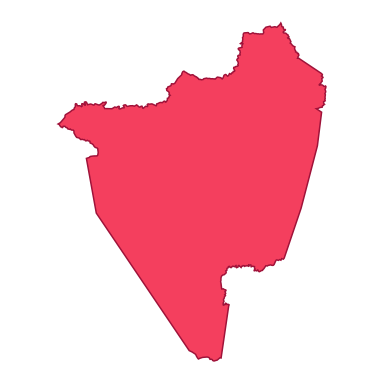 Las Minas, Herrera, Panama
{"feature_id": "35544464B70726679944443", "entity_name": "Las Minas", "entity_type": "district", "adm_level": 2, "iso_a3": "PAN", "parent_name": "Panama", "parent_adm1": "Herrera", "projection": "orthographic", "projection_center": [-80.794, 7.719], "detail": "fine", "context": "isolated", "style": "filled", "palette": "rose", "viewbox_px": 384, "rotation_deg": 0, "n_neighbors": 0, "source": "geoboundaries", "source_scale": "gbopen_adm2", "svg_char_len": 5827}
<svg xmlns="http://www.w3.org/2000/svg" viewBox="0 0 384 384"><path d="M280.8,23.0L279.8,24.6L276.9,27.3L274.9,26.7L271.3,27.4L270.1,26.2L265.9,27.2L263.3,30.0L263.7,32.7L262.8,34.0L260.7,33.9L259.8,34.1L258.3,33.8L257.5,33.9L255.8,33.5L254.5,33.6L253.0,32.8L250.9,33.7L249.7,33.9L249.0,33.5L248.4,32.7L247.8,32.6L244.3,32.9L243.6,33.3L243.2,34.5L243.3,36.4L242.5,37.7L242.8,39.0L242.5,40.8L242.6,41.8L240.4,43.6L241.0,43.9L242.4,43.4L242.9,43.7L241.9,45.7L242.0,47.4L239.0,48.0L238.5,48.3L238.2,48.8L238.3,49.1L239.2,50.2L240.0,50.8L240.3,52.6L239.9,53.3L240.2,54.9L238.4,55.3L237.9,55.7L237.8,56.6L238.3,57.5L238.4,58.1L237.3,58.9L236.8,60.0L237.8,61.4L238.2,62.6L238.3,63.7L237.8,64.7L238.2,65.6L237.7,66.1L235.6,66.6L235.2,67.0L233.8,67.4L233.6,68.3L234.8,70.8L234.3,71.4L233.2,71.5L232.7,72.8L231.6,73.0L230.9,74.2L229.5,73.6L228.5,75.6L227.5,76.2L226.0,74.6L225.4,74.5L224.4,75.0L223.9,75.5L223.7,76.4L222.9,78.1L222.1,78.9L220.8,77.7L217.6,77.1L216.9,77.4L215.5,78.9L215.1,78.7L214.6,79.0L212.4,78.7L210.9,78.8L209.7,78.4L207.7,78.5L206.6,78.1L203.8,78.7L203.1,79.5L202.6,79.6L201.2,79.8L200.6,79.4L199.7,79.5L199.2,79.2L198.7,79.3L198.4,78.4L197.7,78.2L197.4,77.6L196.9,77.5L196.5,76.9L195.7,76.7L195.3,76.3L194.6,76.1L193.2,74.9L192.1,74.7L190.5,75.3L189.7,74.5L188.3,74.0L185.8,72.3L185.2,72.1L184.1,71.2L183.6,71.2L182.9,71.6L182.5,72.1L181.8,73.8L181.7,74.8L177.7,78.6L174.8,83.3L173.6,83.9L171.5,83.8L170.9,85.7L167.8,87.0L167.3,88.5L166.5,88.7L166.8,90.5L168.6,91.7L169.3,93.0L169.0,94.3L170.2,95.3L169.2,96.0L169.2,96.5L168.5,98.0L167.4,98.3L167.3,100.3L166.1,101.9L165.4,102.1L165.1,101.4L164.2,101.1L162.2,102.7L160.8,102.4L159.3,102.7L158.5,103.3L156.7,103.9L156.4,105.5L156.1,105.8L152.3,104.0L151.1,103.9L149.8,104.2L148.1,103.9L147.3,104.5L147.7,105.8L147.5,106.5L145.6,106.3L143.2,108.3L142.7,108.1L142.0,106.2L141.2,106.2L139.8,107.1L139.3,107.1L136.7,104.9L134.3,106.2L132.7,105.7L130.0,105.8L127.6,106.4L126.8,106.2L125.8,105.0L125.1,104.8L123.7,105.2L123.3,105.6L124.2,107.1L124.1,107.8L122.4,107.9L120.6,108.8L119.3,108.9L119.0,108.7L118.9,108.3L119.4,107.0L119.2,106.5L118.8,106.3L117.8,106.6L116.5,107.5L114.8,107.0L112.0,108.7L104.7,108.6L104.1,107.2L103.0,105.8L103.2,105.5L104.5,105.2L106.0,103.2L106.2,102.3L105.9,102.0L104.5,102.5L102.8,102.4L102.0,103.3L99.4,105.0L98.4,104.9L95.4,103.8L94.7,104.0L94.2,104.9L93.7,105.1L90.8,104.0L87.6,104.7L86.5,102.3L85.9,101.9L85.0,101.9L84.4,102.3L85.3,104.1L85.2,105.2L85.0,105.3L83.3,103.8L82.0,103.7L81.7,104.2L82.1,106.1L81.6,106.6L79.9,105.7L77.8,105.8L77.3,105.5L76.6,103.9L75.7,103.7L75.3,104.2L75.4,106.5L74.2,108.2L73.9,109.5L72.3,110.1L69.8,112.1L65.6,114.6L65.1,115.3L64.9,117.2L64.1,118.3L60.3,122.7L58.1,124.0L59.2,124.5L60.6,126.7L61.7,127.1L62.2,127.6L62.6,127.5L63.2,126.3L64.9,126.3L65.9,127.4L67.0,127.7L67.8,128.9L69.8,129.4L70.4,129.1L71.3,130.0L73.4,130.2L73.9,130.9L74.0,133.0L75.7,136.1L76.7,137.4L79.1,138.0L80.8,139.6L82.3,139.3L83.6,139.8L84.4,139.6L85.5,140.8L86.0,140.6L86.5,140.8L87.3,140.3L88.2,140.9L89.8,141.2L90.0,141.7L90.0,142.5L90.2,143.0L91.9,143.7L93.1,144.6L94.1,146.3L95.2,147.4L97.1,148.0L97.7,148.6L98.2,152.5L97.8,155.0L97.4,155.6L96.9,155.9L93.4,156.0L90.5,156.4L89.9,156.7L89.4,157.4L86.4,158.4L96.3,213.1L189.2,350.6L192.3,352.1L195.6,354.3L196.7,356.6L198.0,358.6L198.5,359.0L199.8,358.3L202.6,357.4L207.2,357.0L208.3,357.3L209.4,357.9L210.0,359.3L211.7,359.3L212.4,359.8L212.7,360.5L214.0,361.0L217.2,360.1L219.9,357.8L221.1,358.0L228.7,305.9L229.1,304.9L228.5,304.4L227.3,304.3L227.0,304.5L226.4,303.6L225.7,303.2L225.4,303.5L225.3,304.4L224.4,304.3L223.8,305.2L223.2,304.9L223.2,302.9L224.0,301.2L223.6,300.4L223.5,299.4L224.3,298.0L224.4,296.8L225.5,295.6L225.4,295.1L224.7,294.7L225.7,293.4L225.0,291.6L225.8,290.9L226.0,290.2L225.6,289.9L224.2,289.5L223.5,288.9L221.7,288.9L221.0,283.4L220.6,281.5L220.9,280.6L221.0,277.7L221.6,276.0L222.8,275.0L224.0,274.8L225.8,273.3L226.2,272.4L225.8,270.9L226.8,270.4L227.0,268.4L228.1,267.8L228.4,266.7L229.2,266.3L229.6,266.5L230.0,267.3L231.1,267.6L231.5,267.0L232.1,266.8L232.6,266.2L233.1,266.2L234.5,266.7L236.0,265.5L236.2,265.9L236.0,267.2L236.6,267.7L238.0,267.1L238.3,265.7L238.9,265.4L239.2,265.6L239.6,266.3L240.2,266.6L241.1,267.5L241.7,266.3L242.6,266.1L243.0,265.6L243.9,265.7L244.4,266.3L245.0,265.8L245.8,266.1L246.9,265.6L248.7,266.3L249.0,266.0L248.5,265.1L248.6,264.8L249.8,265.1L250.7,264.9L251.0,265.1L251.0,266.4L251.2,266.8L252.7,266.2L254.5,266.6L254.4,267.9L255.0,268.8L254.1,270.3L254.2,270.7L254.7,270.8L255.6,270.3L256.8,270.9L257.8,270.0L258.8,271.5L259.5,271.7L261.4,270.6L262.5,270.4L262.7,269.9L263.8,268.8L265.9,265.7L267.3,266.0L268.2,265.4L270.6,264.9L272.1,265.4L273.3,265.3L274.1,264.5L275.5,261.3L276.3,260.0L276.9,259.9L278.4,260.4L279.7,259.6L280.9,260.2L281.7,258.6L283.3,259.2L284.2,258.1L301.1,208.2L317.4,145.8L321.6,112.2L316.3,108.7L318.5,108.3L319.6,107.6L322.2,107.2L322.5,105.8L323.6,105.3L323.8,104.4L324.4,104.2L323.7,103.5L323.6,101.7L325.2,100.8L324.8,99.6L325.2,98.8L325.0,97.1L325.4,94.8L324.9,93.6L325.5,92.6L325.7,91.3L325.0,89.2L325.7,88.1L325.9,86.5L325.5,86.0L324.5,86.5L323.9,86.4L323.4,85.8L322.3,85.0L320.7,84.8L319.4,85.2L319.2,84.8L319.6,84.1L320.8,83.4L321.0,82.5L322.2,81.2L321.8,78.5L323.0,77.6L322.9,77.2L321.5,76.0L322.3,75.2L322.4,74.6L321.6,73.6L299.2,58.6L298.7,58.2L297.9,58.4L297.5,58.3L297.9,57.5L297.9,56.9L298.9,55.2L298.4,53.6L298.2,53.4L297.5,53.6L296.9,52.3L295.6,51.9L295.7,51.1L295.0,49.9L294.6,48.7L294.9,46.7L293.7,46.4L292.4,45.3L291.2,43.8L290.2,43.1L290.9,41.7L289.6,38.9L289.3,38.6L288.2,38.5L287.7,37.9L289.0,36.9L288.1,35.6L288.0,34.9L287.2,34.5L285.8,33.2L283.7,32.9L283.3,32.6L283.4,31.5L285.1,30.4L285.4,29.8L285.2,29.5L284.2,29.5L283.7,29.2L283.4,28.8L283.3,27.1L282.2,26.8L281.8,26.5L281.4,24.3L280.8,23.0Z" fill="#f43f5e" stroke="#9f1239" stroke-width="1.5"/></svg>